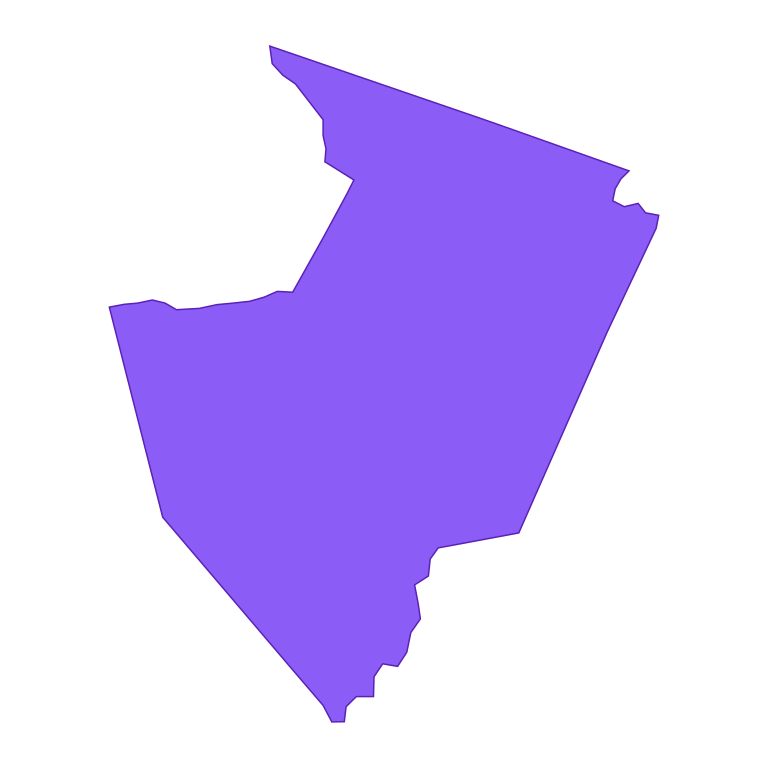 outline of Jacaré dos Homens, Alagoas, Brazil
{"feature_id": "56859067B13186483981392", "entity_name": "Jacaré dos Homens", "entity_type": "district", "adm_level": 2, "iso_a3": "BRA", "parent_name": "Brazil", "parent_adm1": "Alagoas", "projection": "robinson", "projection_center": [-37.229, -9.654], "detail": "fine", "context": "isolated", "style": "filled", "palette": "violet", "viewbox_px": 768, "rotation_deg": 0, "n_neighbors": 0, "source": "geoboundaries", "source_scale": "gbopen_adm2", "svg_char_len": 812}
<svg xmlns="http://www.w3.org/2000/svg" viewBox="0 0 768 768"><path d="M656.2,228.2L658.7,215.3L645.5,212.8L638.1,203.4L624.3,206.7L612.7,200.8L615.2,188.7L621.0,178.8L629.0,170.9L502.3,126.0L483.5,119.4L269.8,46.1L272.2,63.6L282.9,75.3L295.4,83.9L323.1,119.7L323.1,135.6L326.0,148.8L324.9,161.8L353.9,180.0L347.0,193.7L323.8,236.6L292.7,292.2L277.3,291.4L264.0,297.2L249.7,301.3L233.2,303.1L217.1,304.6L199.3,308.4L176.5,309.7L165.1,303.1L152.4,300.0L137.7,303.1L124.3,304.3L109.3,307.1L162.7,517.2L292.1,669.2L323.1,705.4L331.8,721.9L344.3,721.7L346.1,706.7L356.3,696.6L373.5,696.6L374.0,676.8L382.7,663.8L397.6,666.4L406.8,652.2L410.8,632.6L420.4,618.9L418.1,603.2L414.6,584.9L428.4,576.0L430.2,559.0L438.2,547.9L518.8,532.9L607.1,332.2L656.2,228.2Z" fill="#8b5cf6" stroke="#5b21b6" stroke-width="1.5"/></svg>